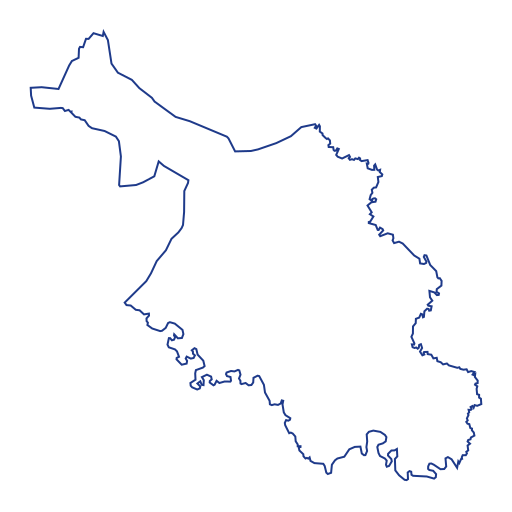 Phutthaisong, Buri Ram, Thailand
{"feature_id": "78962969B74701516685822", "entity_name": "Phutthaisong", "entity_type": "district", "adm_level": 2, "iso_a3": "THA", "parent_name": "Thailand", "parent_adm1": "Buri Ram", "projection": "robinson", "projection_center": [103.029, 15.546], "detail": "fine", "context": "isolated", "style": "outline", "palette": "blue", "viewbox_px": 512, "rotation_deg": 0, "n_neighbors": 0, "source": "geoboundaries", "source_scale": "gbopen_adm2", "svg_char_len": 6078}
<svg xmlns="http://www.w3.org/2000/svg" viewBox="0 0 512 512"><path d="M124.7,302.6L126.5,305.1L130.7,305.5L135.8,309.8L139.6,310.3L144.0,314.4L148.9,313.6L149.0,315.6L146.5,318.4L146.6,321.1L147.9,322.7L147.4,325.0L152.2,328.5L160.2,331.1L162.0,330.8L165.7,327.9L168.1,323.0L169.9,322.2L174.8,323.6L182.5,329.9L183.4,334.1L181.9,338.0L177.9,338.3L174.2,334.3L174.0,335.4L175.1,337.3L174.0,339.7L171.9,340.3L170.1,338.1L168.9,338.1L167.5,344.6L168.8,347.3L175.0,349.4L177.0,351.4L179.0,356.8L176.7,357.9L176.5,359.3L181.7,364.7L186.6,363.6L187.1,360.9L185.7,358.5L186.7,356.6L190.8,358.6L193.6,358.0L194.9,355.4L193.0,353.7L192.9,351.5L191.8,350.3L194.5,348.2L196.3,349.1L197.6,354.6L203.3,360.7L204.6,366.1L202.9,367.6L195.9,370.1L195.2,373.3L195.5,379.7L190.4,383.0L190.7,385.7L192.1,387.3L197.2,389.5L199.8,388.4L200.3,386.5L197.4,383.5L200.3,381.3L201.7,384.8L203.5,385.1L203.8,380.2L201.9,377.1L206.9,374.7L211.1,376.6L211.7,379.4L209.8,381.0L209.7,382.5L213.5,385.3L214.6,384.7L216.6,380.8L219.4,383.0L224.6,381.5L230.4,381.6L231.0,380.7L230.5,377.0L227.0,376.1L226.0,374.1L226.6,372.5L231.0,371.0L234.5,371.4L238.0,369.9L239.3,370.4L240.5,374.7L239.0,378.5L240.4,380.7L240.5,383.5L241.5,384.1L245.6,383.0L248.6,385.3L251.4,385.0L253.2,382.5L253.5,377.8L257.6,375.7L259.2,376.1L263.9,384.8L265.0,392.5L269.6,400.8L269.9,404.3L271.8,405.1L274.6,404.3L278.0,404.9L280.7,403.5L281.8,400.4L283.2,400.8L282.5,404.4L283.8,412.4L285.5,415.2L290.3,418.2L290.0,419.7L288.3,420.7L286.1,420.1L284.8,422.9L285.2,425.2L289.2,433.2L290.8,432.6L292.7,433.5L295.3,436.5L295.7,441.3L297.7,444.4L297.7,446.2L300.5,446.2L300.5,447.0L298.7,447.4L299.4,450.5L303.3,454.2L303.5,456.3L305.5,458.5L306.9,457.9L308.3,458.6L309.6,457.4L310.5,460.9L314.4,463.1L323.3,463.8L324.7,466.0L326.3,472.6L327.8,474.0L331.1,472.8L331.9,464.7L335.0,460.3L337.4,458.5L344.3,456.7L349.3,449.3L354.8,446.9L360.4,446.6L361.8,453.5L364.0,455.2L365.4,455.1L367.1,451.0L366.4,447.1L367.2,441.5L366.7,434.4L368.9,431.8L373.3,430.6L380.4,431.9L384.9,434.9L386.4,437.1L385.7,441.4L382.8,443.4L378.5,444.7L377.3,447.0L378.5,453.0L380.0,456.0L384.9,458.5L386.7,460.6L386.0,464.8L386.8,466.7L389.1,465.9L391.8,461.3L391.3,459.0L388.0,455.5L388.1,453.8L391.4,450.5L394.6,450.4L396.9,449.0L397.3,456.4L394.9,459.0L395.3,470.4L399.1,475.3L404.6,479.8L406.6,480.1L408.0,479.1L407.7,472.5L409.5,471.1L411.2,471.7L411.5,474.8L413.1,475.8L426.8,476.5L434.1,478.6L435.8,477.2L436.1,474.1L433.2,470.8L429.3,470.0L428.1,468.9L428.2,466.3L429.4,463.7L431.3,463.5L433.8,464.7L440.5,469.2L444.2,469.0L446.2,466.5L445.5,458.4L447.9,457.1L451.6,459.3L457.1,467.8L458.3,461.5L459.3,463.1L461.1,459.0L462.1,458.8L461.8,457.2L462.7,455.2L465.8,455.2L466.9,453.4L466.3,451.8L468.2,450.4L467.6,445.5L470.0,443.7L467.6,441.5L468.2,440.0L470.5,439.3L470.9,437.5L474.4,435.6L473.8,432.5L471.9,430.3L472.0,428.6L470.3,428.0L469.3,424.1L467.5,423.7L466.3,421.9L467.7,420.4L466.9,418.4L468.5,415.0L467.9,413.7L469.2,412.3L468.6,409.8L470.8,409.9L471.6,409.1L470.6,407.0L472.4,406.0L473.6,407.8L474.6,405.1L477.2,405.8L481.3,404.1L480.9,398.7L479.1,397.6L479.1,394.8L477.1,394.2L476.6,388.8L477.3,386.3L475.0,384.7L475.5,383.6L477.6,383.1L477.7,380.6L474.9,377.0L475.2,374.1L473.7,375.1L472.6,374.6L474.5,372.0L471.2,371.1L468.1,372.1L466.6,369.3L463.5,369.7L460.3,368.9L459.3,367.3L457.3,367.8L448.9,365.4L446.9,363.5L443.1,364.4L440.7,362.2L437.4,361.2L436.7,357.8L433.4,358.4L431.3,354.7L427.7,354.1L427.5,351.9L424.1,352.0L423.6,352.9L424.3,354.5L422.4,355.3L420.0,351.6L422.1,348.0L420.9,344.2L419.2,344.9L418.8,347.7L417.7,348.7L416.2,347.5L414.6,348.0L412.6,347.2L411.9,344.4L414.1,344.5L414.4,343.4L411.4,336.8L412.9,333.6L413.0,326.4L415.7,323.2L415.9,318.8L419.2,317.6L420.9,313.8L422.2,314.3L423.0,317.3L423.9,316.9L424.4,311.3L427.1,308.7L428.6,309.0L429.2,310.7L430.8,310.4L431.6,306.3L428.3,305.7L427.7,304.7L432.3,300.7L430.0,297.3L429.4,290.9L434.3,292.4L436.9,295.1L438.7,294.9L439.0,293.4L436.5,291.8L436.8,289.1L441.4,285.6L441.6,280.9L439.8,278.2L438.4,278.4L437.4,277.3L436.2,271.1L430.2,265.0L426.4,255.5L424.5,255.2L423.8,256.9L426.4,261.6L426.2,262.9L424.0,264.0L420.1,263.4L419.4,258.7L414.2,255.5L402.7,243.5L399.0,241.7L394.1,243.1L392.6,240.4L393.4,238.2L392.9,234.7L387.7,233.3L380.2,236.2L379.2,234.7L383.2,230.4L382.6,229.1L380.0,227.6L378.6,230.0L377.7,229.9L375.7,225.0L368.8,223.1L368.8,222.0L370.2,221.6L373.4,216.5L369.9,214.2L371.7,212.3L367.5,205.5L371.4,202.3L375.5,201.7L376.2,199.3L375.0,198.3L373.4,198.5L372.2,199.2L372.1,201.0L369.6,199.2L370.7,195.1L372.4,192.8L371.8,189.7L373.8,187.7L376.1,187.4L378.4,182.0L377.8,177.0L381.8,176.1L382.3,174.4L379.8,172.1L380.1,169.8L378.3,170.5L377.1,169.6L375.2,164.4L374.1,165.7L374.3,169.8L372.0,169.9L367.7,168.3L366.8,163.5L368.3,163.7L368.5,162.9L367.6,160.1L361.6,161.1L360.1,160.1L360.1,158.4L359.0,157.7L357.9,159.1L355.3,158.4L354.0,159.9L352.0,159.2L349.9,159.8L348.7,158.2L350.0,156.9L349.0,155.1L342.1,158.5L337.7,156.7L336.2,154.9L338.8,149.0L337.3,148.4L335.9,150.6L334.5,150.8L333.6,149.9L333.2,147.2L328.7,147.0L328.4,145.1L330.2,143.6L329.9,140.4L328.0,138.4L326.9,139.0L325.7,138.1L322.6,135.1L322.5,133.5L319.8,131.6L319.9,126.3L319.1,124.9L316.4,128.6L314.8,127.8L316.1,125.7L315.1,124.2L301.3,127.1L290.9,136.2L276.3,143.1L258.0,149.4L250.9,151.0L235.1,151.4L228.5,138.4L226.9,136.7L189.8,121.2L175.6,116.9L154.6,101.6L151.9,97.8L139.4,88.2L131.9,79.9L117.9,72.7L111.5,63.6L107.9,40.1L103.6,31.9L102.8,36.0L93.5,33.2L88.6,38.9L86.0,38.8L83.1,47.2L80.0,46.9L79.0,48.8L78.6,57.8L71.9,61.0L69.2,65.4L58.5,89.0L41.7,87.2L30.7,87.8L31.1,95.6L34.3,107.6L49.8,108.8L60.8,107.9L62.7,108.1L64.9,111.0L68.6,109.9L70.6,111.9L71.5,111.6L71.5,112.8L75.4,116.8L79.4,117.6L80.9,119.4L84.7,120.2L88.6,125.9L92.0,128.2L104.6,131.0L115.9,136.6L118.9,141.2L120.9,156.5L119.1,185.0L120.1,186.4L136.1,185.0L143.1,182.3L154.3,176.3L158.7,161.4L163.9,165.9L188.4,180.2L188.0,183.0L184.3,191.0L184.1,212.0L183.0,225.0L181.6,228.1L178.4,232.4L171.5,238.8L165.9,250.3L156.7,261.1L151.0,273.3L146.3,281.1L124.7,302.6Z" fill="none" stroke="#1e3a8a" stroke-width="2"/></svg>